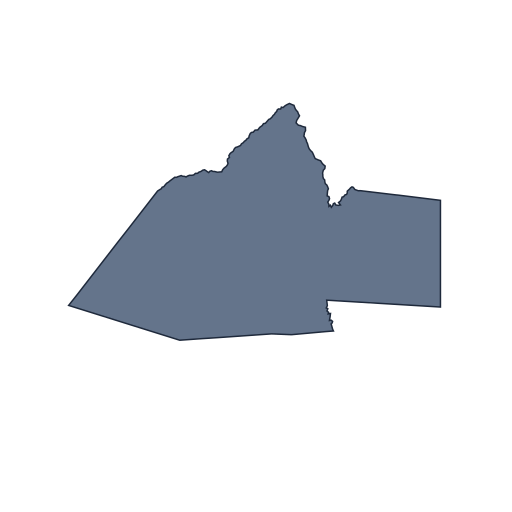 outline of Redenção do Gurguéia, Piauí, Brazil, rotated 155°
{"feature_id": "56859067B8713189832655", "entity_name": "Redenção do Gurguéia", "entity_type": "district", "adm_level": 2, "iso_a3": "BRA", "parent_name": "Brazil", "parent_adm1": "Piauí", "projection": "orthographic", "projection_center": [-44.528, -9.518], "detail": "fine", "context": "isolated", "style": "filled", "palette": "slate", "viewbox_px": 512, "rotation_deg": 155, "n_neighbors": 0, "source": "geoboundaries", "source_scale": "gbopen_adm2", "svg_char_len": 2605}
<svg xmlns="http://www.w3.org/2000/svg" viewBox="0 0 512 512"><g transform="rotate(155 256 256)"><path d="M65.3,228.5L101.9,251.4L103.3,252.2L133.8,271.1L135.7,271.9L138.3,274.5L138.8,277.1L139.8,278.1L141.5,277.8L143.0,277.1L145.9,276.2L146.7,274.5L147.9,273.5L149.5,273.8L151.6,272.7L153.1,273.0L154.1,271.9L155.2,270.9L156.4,270.1L158.6,269.6L157.9,266.6L160.1,267.1L162.1,268.5L162.3,270.7L163.8,270.7L165.1,269.3L167.1,268.3L167.1,270.6L168.9,270.2L168.1,272.0L168.2,274.5L166.2,275.8L165.1,276.9L164.8,279.0L166.1,280.4L164.7,282.9L163.4,285.1L162.0,286.3L161.8,288.3L161.8,290.4L162.6,292.2L162.4,293.7L161.6,296.0L162.2,297.6L161.8,299.9L161.1,301.4L160.6,303.0L159.6,304.3L158.6,305.4L156.7,306.1L155.3,308.3L156.4,310.6L156.9,312.4L157.2,315.0L159.0,316.8L161.2,319.3L161.2,321.2L161.1,323.6L161.1,326.3L161.9,328.3L162.5,330.7L162.4,332.8L161.8,336.4L161.9,338.2L161.5,339.7L161.6,342.4L162.0,344.4L161.1,345.5L160.0,347.3L158.1,348.7L156.8,351.8L159.1,353.7L160.6,355.4L162.3,356.6L163.4,359.7L161.9,361.6L158.6,363.8L157.3,364.7L157.5,366.7L157.3,369.1L157.9,370.9L158.2,372.7L158.1,374.6L157.9,376.5L159.2,377.8L161.2,380.1L163.9,380.1L166.1,379.9L168.7,379.1L170.1,380.2L171.5,378.8L173.6,379.8L175.1,379.4L176.2,378.2L177.9,377.7L179.4,376.6L181.2,376.1L182.6,375.2L185.2,374.3L186.7,374.4L188.7,373.5L191.4,372.3L193.3,372.8L195.2,371.6L198.3,371.0L201.1,369.5L203.7,370.5L206.1,369.4L207.9,369.9L209.4,369.5L211.5,367.7L212.6,366.2L214.7,366.0L216.4,365.1L218.0,364.9L219.6,364.1L221.8,363.8L223.3,362.7L226.5,362.7L228.7,363.0L230.3,362.3L232.5,360.5L234.8,360.2L236.2,359.8L238.2,358.4L238.4,356.6L240.9,355.9L241.9,354.2L242.2,351.8L243.6,350.5L245.2,349.7L247.7,349.2L249.7,348.3L251.5,346.8L253.7,347.6L255.5,348.2L257.8,350.1L259.3,350.8L260.3,352.1L262.0,352.3L263.6,351.6L264.5,353.0L265.4,354.7L266.2,355.9L268.0,356.3L269.9,355.9L272.6,356.1L274.0,355.6L276.0,356.5L278.1,355.8L279.9,356.2L282.2,357.3L284.4,357.4L286.0,357.2L287.0,358.3L288.8,359.3L289.8,360.5L291.6,360.7L293.3,360.9L294.9,360.9L296.3,361.7L300.1,360.9L302.5,360.4L304.2,359.9L305.8,359.8L307.7,359.1L310.2,357.8L312.0,358.0L313.4,357.0L315.4,356.8L317.7,356.5L359.3,335.1L375.5,326.9L434.5,296.5L446.7,290.4L423.7,269.4L405.3,252.6L360.7,211.9L339.8,203.9L325.2,198.2L274.7,178.8L257.1,169.7L224.7,158.0L217.5,155.3L217.5,157.2L216.9,160.7L216.6,162.7L215.2,163.2L214.2,164.4L215.1,166.2L216.7,166.5L214.6,169.5L212.8,172.4L215.1,173.0L214.0,174.2L214.9,176.2L213.2,177.9L214.3,179.2L212.3,180.9L211.2,184.3L210.6,186.1L110.4,131.8L65.3,228.5Z" fill="#64748b" stroke="#1e293b" stroke-width="1.5"/></g></svg>